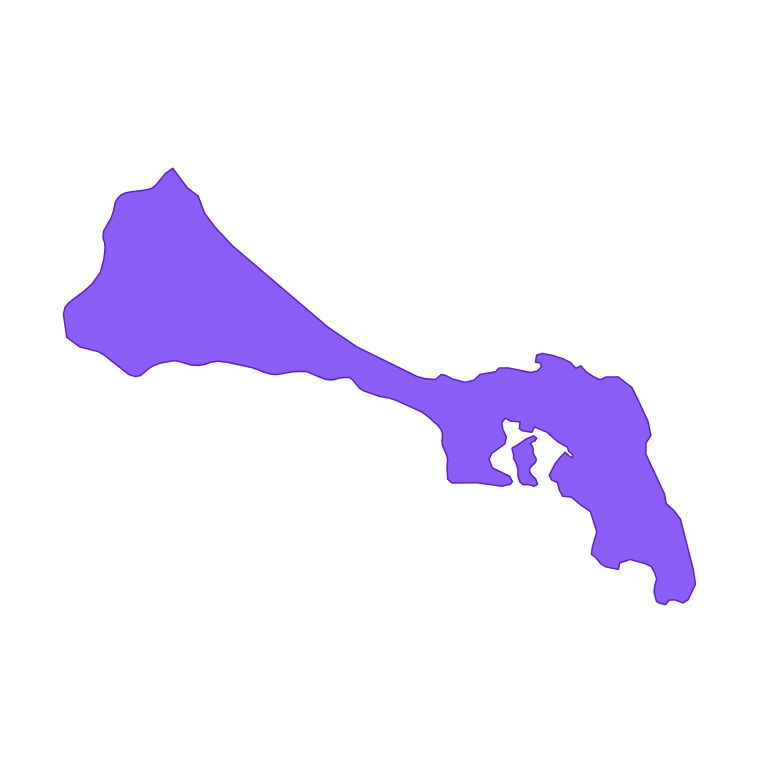 Ishikawa, Albers equal-area conic projection, rotated 94°
{"feature_id": "JPN-1842", "entity_name": "Ishikawa", "entity_type": "Prefecture", "adm_level": 1, "iso_a3": "JPN", "parent_name": "Japan", "parent_adm1": "", "projection": "albers", "projection_center": [136.851, 36.797], "detail": "fine", "context": "isolated", "style": "filled", "palette": "violet", "viewbox_px": 768, "rotation_deg": 94, "n_neighbors": 0, "source": "natural_earth", "source_scale": "10m", "svg_char_len": 2820}
<svg xmlns="http://www.w3.org/2000/svg" viewBox="0 0 768 768"><g transform="rotate(94 384 384)"><path d="M183.6,609.8L202.2,593.7L209.3,582.7L226.6,574.6L239.3,563.5L256.4,545.3L331.3,443.8L348.9,413.6L374.1,351.9L375.9,343.5L375.9,332.9L373.3,330.3L370.5,327.5L371.1,323.2L374.3,315.7L376.7,303.0L373.9,294.6L367.7,288.7L364.0,273.6L360.0,270.3L359.3,260.9L362.3,238.6L360.3,231.8L355.9,228.3L352.3,229.3L351.6,234.3L344.6,233.8L342.4,228.3L343.9,217.0L346.6,206.6L349.6,199.5L354.9,193.7L352.2,188.7L357.5,183.6L362.2,175.4L364.7,168.6L361.6,163.1L360.6,150.8L370.3,136.4L382.5,129.3L403.0,118.0L416.6,114.2L424.6,118.5L435.5,118.0L474.2,96.5L483.5,94.2L490.5,85.5L498.3,78.8L548.0,62.4L562.1,59.3L578.0,65.6L581.5,70.4L579.0,79.0L579.6,84.2L584.4,87.8L583.4,93.8L581.7,97.1L572.6,100.1L566.5,99.8L559.3,98.4L552.6,101.3L547.5,104.6L544.8,111.5L541.9,126.4L546.0,136.4L552.5,137.3L551.8,144.1L550.8,150.2L548.5,154.9L542.1,161.0L539.5,165.2L532.1,164.8L516.8,161.4L496.8,169.2L491.2,179.0L483.7,189.3L483.5,197.9L477.7,201.6L470.2,204.1L468.1,210.0L463.6,212.8L451.6,207.7L444.6,202.9L439.5,198.6L443.2,193.8L444.5,190.8L441.3,190.9L438.1,195.3L434.1,196.6L432.7,200.2L429.2,207.0L420.8,218.0L416.4,230.9L421.9,233.2L421.0,242.7L419.1,245.9L412.3,245.6L412.2,255.2L409.6,260.7L414.5,263.9L421.0,262.3L428.4,258.2L435.3,259.3L445.7,271.7L451.7,273.9L460.1,270.1L467.2,252.4L472.3,249.1L475.3,250.9L477.7,259.3L476.0,284.4L478.0,309.3L474.5,313.9L473.8,313.9L461.8,315.4L455.7,315.2L451.4,316.1L441.4,321.3L436.9,322.2L432.9,322.0L428.7,322.4L425.1,324.2L421.4,327.5L413.4,337.8L409.2,344.6L399.7,370.1L397.7,377.3L396.7,387.3L392.2,404.0L389.6,408.5L382.4,415.2L379.9,418.9L380.4,424.7L381.4,429.3L383.1,434.0L383.6,438.3L383.4,442.9L377.1,462.0L377.4,470.0L378.3,476.6L381.9,490.7L382.2,496.6L380.6,504.8L378.7,510.1L376.8,517.2L373.2,542.1L372.9,551.6L374.5,558.7L376.9,563.9L378.4,570.3L378.6,577.7L376.0,588.9L375.3,594.6L378.4,607.7L382.3,616.1L385.0,619.7L392.6,627.6L393.9,632.8L392.2,639.5L374.5,665.4L371.6,671.5L368.3,689.9L359.6,703.7L336.5,708.7L329.7,707.5L324.6,703.8L311.7,689.0L304.4,682.1L292.5,674.8L278.9,672.1L267.5,671.7L262.5,672.6L257.8,674.5L251.1,674.4L237.3,667.7L230.4,665.9L222.1,664.8L217.6,662.8L213.7,659.5L211.3,654.9L209.9,649.5L207.4,636.7L206.0,631.9L204.8,629.1L202.5,626.4L201.1,625.1L189.4,616.9L188.7,616.0L183.6,609.8ZM475.6,227.2L474.6,230.4L474.3,234.1L474.8,237.9L472.3,241.5L466.5,244.0L460.0,244.4L453.7,246.7L449.0,249.7L445.7,249.7L440.1,251.7L438.8,251.6L435.7,246.8L428.9,238.2L425.2,231.1L427.4,227.9L430.3,229.4L431.7,232.7L433.4,233.7L435.5,231.9L437.9,230.8L441.1,230.6L444.3,229.5L446.9,227.5L449.3,226.8L452.0,227.7L454.8,230.4L458.3,232.9L461.7,232.4L464.4,230.6L468.2,226.0L473.3,223.9L475.6,227.2Z" fill="#8b5cf6" stroke="#5b21b6" stroke-width="1.5"/></g></svg>